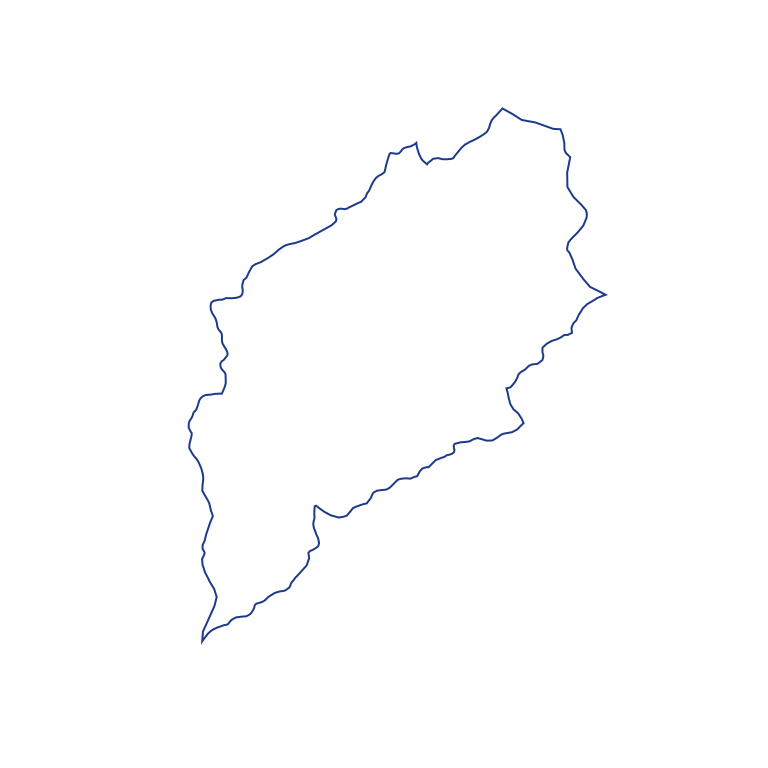 outline of Wangphu, Samdrup Jongkhar, Bhutan, rotated 196°
{"feature_id": "84629894B93553850800927", "entity_name": "Wangphu", "entity_type": "district", "adm_level": 2, "iso_a3": "BTN", "parent_name": "Bhutan", "parent_adm1": "Samdrup Jongkhar", "projection": "orthographic", "projection_center": [91.626, 26.976], "detail": "fine", "context": "isolated", "style": "outline", "palette": "blue", "viewbox_px": 768, "rotation_deg": 196, "n_neighbors": 0, "source": "geoboundaries", "source_scale": "gbopen_adm2", "svg_char_len": 5452}
<svg xmlns="http://www.w3.org/2000/svg" viewBox="0 0 768 768"><g transform="rotate(196 384 384)"><path d="M346.1,681.5L350.2,673.1L351.9,670.3L353.2,667.0L353.6,663.5L353.6,659.2L354.1,657.1L354.5,655.2L355.1,654.0L356.8,651.7L359.8,648.3L364.9,643.2L368.5,640.2L369.9,638.6L372.1,636.5L374.6,632.5L376.4,628.4L378.8,622.9L379.6,620.2L381.4,618.9L383.2,618.3L385.6,617.3L387.9,616.7L389.9,616.2L392.9,616.1L394.8,615.9L398.9,614.0L400.4,611.7L402.7,608.6L403.2,607.0L408.0,609.3L409.8,610.4L413.8,614.7L417.8,621.0L419.4,624.7L420.6,622.9L422.8,620.8L424.2,619.6L426.8,618.2L429.6,616.5L431.1,614.6L431.8,612.3L433.3,609.7L435.6,608.7L437.8,608.4L439.8,608.1L441.5,607.8L442.1,606.4L442.3,602.2L442.3,595.1L441.8,588.1L443.6,585.4L446.8,582.3L448.5,579.9L449.9,576.1L450.8,571.9L451.5,566.5L451.9,564.9L452.9,562.6L453.0,560.8L453.1,558.7L455.4,554.4L456.4,552.6L458.5,551.1L462.0,547.9L466.2,544.2L467.9,542.4L470.0,541.2L473.7,540.7L475.8,539.8L477.7,538.1L478.0,535.5L478.0,533.3L476.5,531.2L475.2,529.5L475.1,527.1L478.1,522.2L492.2,508.1L496.6,503.4L503.1,498.6L508.3,495.0L513.0,492.6L516.2,490.6L518.7,488.4L522.2,484.1L525.6,478.7L530.3,473.1L536.0,467.2L540.5,463.8L543.0,461.0L543.7,458.3L544.6,454.4L545.2,450.4L545.6,448.2L547.6,445.2L547.6,441.7L547.5,440.0L546.8,437.6L545.7,435.4L545.1,432.9L545.2,430.6L546.1,428.6L549.2,426.4L554.4,424.3L559.2,423.2L562.7,420.5L566.1,419.4L570.8,416.9L572.3,414.9L572.4,413.2L572.3,411.7L571.9,410.3L571.1,408.0L569.2,405.4L568.1,404.2L565.1,401.6L563.6,400.0L561.3,396.2L559.9,393.0L558.4,391.1L555.4,389.0L553.7,387.3L552.9,385.2L552.0,381.8L551.4,380.2L550.2,378.2L548.3,376.4L545.6,373.9L543.5,371.6L542.7,369.9L542.5,368.3L544.0,364.5L544.8,362.8L546.3,361.0L547.0,358.8L546.4,356.8L545.3,354.6L543.0,352.8L540.2,351.1L539.2,350.0L538.2,347.3L537.6,345.3L536.3,341.0L536.3,337.0L537.2,330.1L539.6,329.3L543.9,327.9L546.7,326.4L550.0,325.2L552.8,324.0L554.7,322.3L556.3,319.9L557.0,317.3L557.1,311.2L557.2,309.8L557.5,307.7L557.9,306.3L558.8,305.1L559.2,303.5L559.3,300.1L559.7,298.1L560.7,294.9L560.8,292.3L559.8,288.4L558.2,286.4L556.5,284.8L555.3,283.8L554.7,281.1L554.6,277.5L554.4,272.3L553.5,268.7L549.5,264.6L546.8,262.4L543.4,260.2L540.6,257.6L538.5,255.1L536.5,252.7L533.6,247.9L532.0,244.4L531.1,240.8L530.7,237.4L529.9,233.9L529.2,231.3L525.8,227.9L521.7,224.0L519.1,221.2L516.6,216.7L515.4,214.5L513.6,212.1L512.1,209.8L512.9,203.2L513.5,190.4L513.2,183.9L514.0,179.1L512.9,175.5L510.1,172.7L509.7,171.1L510.6,165.5L508.4,159.8L506.6,157.4L504.8,154.5L503.0,152.4L499.8,149.1L497.0,145.9L490.7,140.1L486.1,133.1L486.1,131.2L485.9,128.2L485.8,123.8L486.4,119.7L488.2,107.0L489.8,96.0L487.8,86.5L486.9,89.3L485.5,92.7L484.6,95.2L482.3,99.0L479.9,101.5L476.5,104.5L474.1,106.0L472.7,107.1L471.3,108.1L469.7,108.8L467.8,110.1L466.5,113.4L465.3,115.6L461.7,119.0L459.7,119.8L457.9,120.6L456.6,121.2L455.2,121.7L452.7,122.6L451.3,123.7L449.7,125.4L448.7,126.8L448.1,128.6L447.3,131.5L447.1,133.6L447.3,135.2L446.7,137.0L445.2,138.3L443.4,139.3L440.9,141.1L439.7,142.2L438.2,144.2L436.9,146.9L435.2,148.9L433.6,150.7L431.4,153.0L429.4,154.4L426.8,156.0L424.9,156.8L422.6,157.9L421.6,158.9L419.9,161.0L418.8,162.5L418.5,164.4L418.4,166.3L417.9,168.4L417.1,169.7L416.2,172.3L415.7,173.6L414.8,175.2L413.1,178.5L411.2,182.5L410.2,184.5L409.5,185.9L408.8,187.1L408.2,189.3L408.2,192.5L407.9,195.3L408.3,196.8L409.0,198.3L409.7,199.8L410.1,201.0L409.1,203.0L407.6,204.2L405.5,206.2L404.0,208.0L403.0,209.1L402.5,210.3L402.5,211.7L402.6,213.4L403.4,214.8L404.8,217.5L406.6,219.6L408.3,221.7L409.6,223.6L410.6,224.8L411.8,226.5L413.3,229.6L413.8,232.5L413.8,235.3L414.2,237.1L415.3,240.2L415.9,242.6L416.5,245.3L416.9,247.4L415.7,248.3L412.1,246.8L406.1,244.7L399.0,243.1L390.5,243.2L386.2,245.3L383.4,247.3L381.7,251.1L379.6,256.1L377.4,258.1L371.6,262.3L367.5,264.6L367.1,266.1L365.2,270.8L365.0,273.0L364.4,276.4L361.4,279.5L357.0,281.4L353.1,282.9L351.9,283.9L349.9,285.9L347.5,290.1L344.6,295.5L342.1,297.3L337.7,299.2L332.5,300.3L329.4,303.0L326.7,304.5L326.1,307.3L325.4,310.3L323.8,313.4L321.7,314.7L320.3,315.8L318.3,316.2L317.5,317.4L315.6,321.0L313.3,325.1L310.8,327.0L308.2,329.1L305.9,330.5L304.1,332.8L302.1,333.8L299.6,335.5L298.0,337.5L298.0,339.7L299.7,343.0L300.0,344.3L299.6,345.9L294.2,349.1L290.0,350.6L286.2,352.3L282.0,356.3L280.7,356.8L279.4,357.8L275.1,357.9L270.0,357.8L268.2,358.3L264.2,359.6L260.4,363.7L257.5,367.5L255.0,369.4L252.2,370.7L247.6,373.0L243.4,377.0L241.7,380.3L239.1,384.8L242.1,388.6L247.4,393.1L252.2,395.1L256.8,399.2L259.8,404.0L263.0,410.2L265.1,413.6L262.6,415.0L261.5,415.7L260.4,418.0L258.5,422.4L257.6,426.7L257.3,430.7L255.5,433.5L252.8,436.2L249.7,441.4L247.5,443.4L242.0,445.7L240.7,447.5L238.4,450.5L238.3,453.2L238.8,455.8L240.1,457.4L241.5,461.6L241.5,462.9L238.7,467.5L234.7,471.6L230.3,474.5L227.1,477.3L224.1,480.9L220.9,481.8L217.4,485.0L218.1,486.8L219.2,489.4L219.1,491.9L218.6,494.8L216.7,498.2L215.9,503.8L213.7,511.6L210.7,516.8L207.4,520.2L204.9,523.0L203.8,523.9L203.0,525.2L198.0,529.1L195.6,530.8L201.0,532.0L212.6,534.1L221.3,539.8L231.8,547.8L236.9,555.3L241.9,561.3L244.5,563.0L245.2,564.1L245.5,565.9L245.8,570.6L244.6,573.9L239.7,582.9L236.1,591.1L235.1,599.6L236.0,603.8L237.8,606.8L243.6,610.6L253.3,615.9L262.0,623.9L266.2,637.7L267.5,653.3L273.0,656.3L275.1,658.9L277.1,665.4L281.0,672.8L284.6,677.5L291.6,675.9L310.5,677.1L324.3,675.8L334.9,678.9L346.1,681.5Z" fill="none" stroke="#1e3a8a" stroke-width="2"/></g></svg>